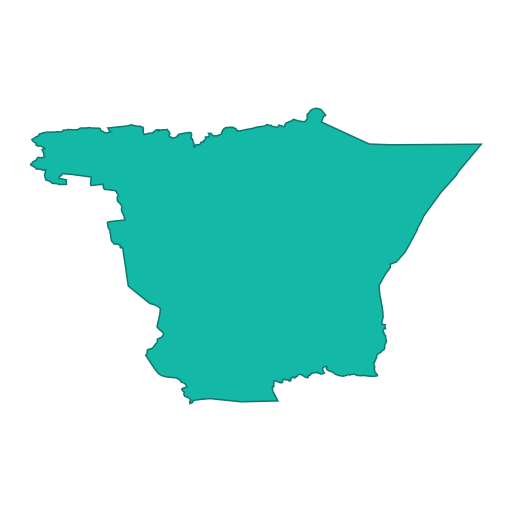 outline of Lunner nor, Oppland, Norway
{"feature_id": "86288312B32418406906807", "entity_name": "Lunner nor", "entity_type": "district", "adm_level": 2, "iso_a3": "NOR", "parent_name": "Norway", "parent_adm1": "Oppland", "projection": "natural_earth1", "projection_center": [10.663, 60.235], "detail": "fine", "context": "isolated", "style": "filled", "palette": "teal", "viewbox_px": 512, "rotation_deg": 0, "n_neighbors": 0, "source": "geoboundaries", "source_scale": "gbopen_adm2", "svg_char_len": 6017}
<svg xmlns="http://www.w3.org/2000/svg" viewBox="0 0 512 512"><path d="M481.3,144.2L391.1,144.8L369.1,144.0L321.4,122.0L323.6,116.4L325.5,115.6L325.7,115.3L325.5,114.7L325.0,114.4L321.1,109.6L318.0,108.5L316.5,108.4L314.8,108.5L311.7,109.7L310.0,111.0L309.1,112.9L307.7,113.6L307.1,114.9L307.0,116.0L307.6,117.6L307.5,118.1L306.2,120.3L304.7,121.6L303.8,121.7L298.4,120.9L293.3,119.3L292.0,120.5L290.8,121.2L286.0,123.0L285.1,124.4L284.5,126.6L283.0,126.5L279.1,125.0L278.1,126.5L276.9,127.3L272.1,126.3L271.3,125.7L271.3,125.4L269.1,125.3L267.0,124.5L264.8,126.0L256.3,127.2L253.2,128.2L244.3,129.9L239.0,131.2L238.5,130.7L236.9,131.2L237.0,130.3L235.6,128.4L234.6,128.7L233.9,127.8L232.8,127.2L231.6,127.7L230.9,127.1L227.7,127.6L225.9,127.5L223.7,129.0L223.5,129.6L222.6,130.2L222.2,132.0L221.6,132.5L221.8,133.2L221.3,134.3L216.3,135.9L215.2,135.7L213.9,136.0L212.4,135.1L211.0,133.3L208.5,133.4L209.2,134.8L209.0,136.8L205.4,137.0L205.6,139.3L203.4,141.0L204.0,141.7L203.8,142.0L201.1,142.1L199.8,144.5L198.6,144.8L196.7,144.6L195.5,145.1L194.9,145.4L194.8,146.8L193.9,146.8L194.0,144.0L192.7,140.3L192.7,139.5L192.3,138.8L191.3,138.7L191.1,135.9L191.5,135.3L191.7,134.3L191.1,132.9L190.4,132.4L184.5,133.1L178.8,134.3L177.4,135.6L177.6,136.6L172.8,138.3L172.3,137.7L171.3,137.4L170.9,137.0L169.9,137.0L169.2,136.1L169.0,135.2L169.9,134.1L169.7,133.0L168.7,132.2L168.8,131.3L167.7,130.4L167.2,129.4L165.9,129.7L161.1,129.9L158.4,130.8L158.7,129.7L156.1,129.9L152.7,132.7L151.3,133.2L150.0,133.0L144.3,134.6L144.1,134.5L144.2,134.0L143.4,133.1L142.8,131.4L143.2,131.4L143.4,129.0L142.9,127.2L142.1,127.7L140.7,126.3L137.3,126.2L132.2,125.2L131.2,124.7L127.7,125.9L107.9,128.0L108.5,128.6L109.3,131.1L110.7,131.9L106.5,133.0L105.3,132.9L104.0,132.0L100.9,130.6L100.4,128.9L99.5,128.2L90.9,128.0L90.0,127.5L86.2,128.0L80.7,128.0L79.1,128.7L77.8,129.9L77.1,129.6L73.7,129.9L71.8,129.6L69.6,129.7L68.7,129.4L65.5,130.1L64.4,130.1L64.0,129.9L63.2,130.2L62.1,131.6L60.1,132.0L58.4,131.6L55.7,132.0L46.4,132.2L42.8,132.8L41.4,133.6L39.5,133.9L37.9,136.2L36.1,136.8L34.9,137.8L31.8,139.6L33.6,141.7L36.3,143.5L36.0,144.3L36.3,144.6L36.2,145.2L38.4,146.2L40.6,145.8L44.7,148.4L44.9,148.9L43.5,149.3L42.1,149.4L42.0,149.6L42.5,150.5L43.1,152.3L43.5,152.6L43.8,153.7L43.7,154.7L44.1,155.1L44.6,156.5L41.9,157.8L38.0,157.4L37.0,158.4L36.3,160.2L35.2,160.4L34.1,161.4L32.5,162.1L31.9,163.4L30.7,164.1L30.7,165.0L34.0,166.7L36.1,168.4L36.2,169.0L40.0,169.2L41.6,169.6L42.5,170.2L43.9,170.0L45.4,169.4L45.8,169.6L45.2,171.0L45.6,171.7L44.5,174.9L45.7,179.9L50.1,181.4L52.2,183.3L57.0,183.7L59.0,184.5L66.5,184.4L66.1,180.6L66.4,179.8L59.6,178.5L59.0,178.1L59.0,177.7L59.6,176.4L61.6,175.5L61.4,174.6L62.1,173.6L72.4,174.5L90.3,176.9L91.2,177.3L90.9,179.7L91.0,181.5L90.4,184.1L90.9,185.5L103.1,184.3L103.1,185.8L103.8,187.5L103.4,188.0L104.6,189.3L105.5,189.6L108.5,189.6L111.1,190.2L114.2,190.4L116.6,191.5L116.8,192.3L116.7,193.0L118.0,194.1L118.2,194.8L118.1,196.0L117.4,196.4L117.2,197.8L117.2,199.3L117.4,200.5L117.9,201.1L117.8,201.6L118.3,201.9L119.7,203.2L121.7,206.0L122.1,207.3L121.5,208.5L121.4,210.0L122.2,212.4L123.3,214.1L123.2,214.7L124.2,216.2L124.2,217.7L124.8,219.0L124.7,220.0L111.6,221.4L107.6,222.2L107.4,222.9L108.1,227.1L108.4,228.1L110.1,230.9L110.0,232.8L110.5,234.0L111.1,239.0L111.6,241.1L112.8,242.1L113.6,243.5L114.1,243.9L115.6,244.3L117.5,243.8L119.8,245.5L120.2,245.5L120.7,246.4L120.1,247.3L120.4,247.7L121.1,247.9L122.6,247.6L122.7,247.8L128.3,286.1L149.7,303.4L155.2,305.0L158.9,307.1L160.3,308.5L160.0,313.2L157.0,326.8L158.8,329.0L163.6,333.1L163.1,335.1L161.5,337.3L157.4,339.1L157.4,341.0L157.0,342.6L154.7,345.1L152.8,347.9L151.2,348.8L150.2,348.8L147.5,349.8L147.3,350.3L147.1,353.5L145.7,355.3L155.1,369.5L158.5,373.6L160.1,374.7L163.4,376.2L168.0,377.1L176.3,377.9L179.2,379.6L180.9,381.2L181.3,382.2L183.6,382.8L185.7,384.3L186.9,387.1L182.9,388.2L181.7,389.1L182.3,390.4L184.3,392.2L183.8,394.4L184.9,396.4L186.8,396.9L189.6,398.5L190.8,400.1L190.7,400.6L189.6,401.4L190.1,402.3L189.9,402.7L189.9,403.6L192.4,402.6L193.5,400.4L200.7,399.4L210.0,398.6L241.3,401.8L277.9,400.9L274.0,393.3L272.9,391.9L272.4,388.7L272.2,388.4L272.2,388.0L273.1,387.4L273.0,386.9L273.4,386.1L274.0,386.0L273.7,384.7L274.1,380.9L276.0,380.9L277.5,381.9L279.3,382.0L280.0,382.8L281.3,382.8L282.4,382.4L282.2,381.6L282.9,380.4L282.8,380.1L283.5,379.7L283.3,379.5L283.8,378.9L284.6,379.1L285.9,380.0L287.9,379.7L288.7,380.8L290.3,381.0L290.5,380.5L290.3,380.2L290.9,380.0L290.4,379.5L290.4,379.1L290.8,378.1L291.9,378.0L292.2,377.3L292.8,377.0L294.7,378.0L294.7,377.4L295.1,377.0L296.4,376.8L297.6,375.9L297.5,375.5L298.2,374.7L298.8,374.5L300.7,374.5L302.7,375.3L304.0,376.4L306.1,377.5L307.7,377.6L308.3,377.3L307.9,376.5L308.3,375.6L309.9,375.4L311.8,373.1L316.1,372.6L317.0,372.2L317.6,372.9L318.4,372.9L320.6,374.0L323.3,373.7L324.4,373.0L323.9,372.4L322.7,369.6L322.7,368.7L322.9,367.8L324.6,366.7L326.4,366.3L327.1,367.5L326.3,368.1L326.6,369.1L328.1,370.4L333.4,372.5L335.3,374.3L340.4,375.9L343.6,376.2L348.2,374.7L350.2,375.0L351.2,374.5L354.5,374.2L356.6,375.3L360.0,375.7L364.7,375.5L368.0,376.1L373.5,376.3L377.1,375.9L377.4,375.4L377.4,374.7L374.9,372.1L374.5,368.9L374.2,368.7L374.8,366.8L374.0,365.5L374.1,364.4L373.8,363.9L373.8,362.9L374.6,362.1L374.1,361.7L374.8,361.1L375.5,360.2L375.5,359.2L376.1,358.7L376.6,357.1L376.5,355.9L378.0,353.7L380.8,352.3L381.3,351.9L381.6,350.9L384.0,349.7L384.7,348.4L384.7,345.0L386.4,342.0L386.5,341.0L385.9,339.4L385.6,335.6L383.7,333.7L384.1,332.7L383.0,332.0L383.2,331.4L382.8,330.7L383.0,330.1L383.8,329.3L384.8,328.6L385.6,328.6L384.7,326.0L385.2,324.7L383.3,324.6L382.7,324.2L382.3,324.3L381.6,323.3L383.2,316.7L382.8,316.1L383.0,315.5L382.9,313.0L382.3,307.7L379.7,294.0L379.1,286.1L379.6,284.4L385.3,274.3L390.4,267.3L390.3,264.2L396.3,262.0L405.0,252.2L410.7,242.1L417.2,229.9L417.5,228.2L421.5,221.1L423.5,216.4L426.0,212.9L441.2,192.0L456.3,175.3L458.1,172.1L460.9,168.6L481.3,144.2Z" fill="#14b8a6" stroke="#0f766e" stroke-width="1.5"/></svg>